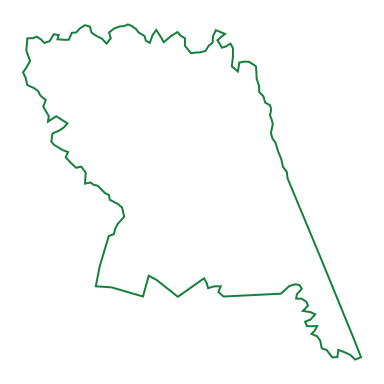 the district of Diamante D'Oeste, Paraná, Brazil
{"feature_id": "56859067B14364856509720", "entity_name": "Diamante D'Oeste", "entity_type": "district", "adm_level": 2, "iso_a3": "BRA", "parent_name": "Brazil", "parent_adm1": "Paraná", "projection": "robinson", "projection_center": [-54.104, -24.969], "detail": "fine", "context": "isolated", "style": "outline", "palette": "green", "viewbox_px": 384, "rotation_deg": 0, "n_neighbors": 0, "source": "geoboundaries", "source_scale": "gbopen_adm2", "svg_char_len": 2051}
<svg xmlns="http://www.w3.org/2000/svg" viewBox="0 0 384 384"><path d="M230.4,43.6L225.8,46.5L222.0,47.7L217.4,40.2L225.0,33.9L215.9,30.2L213.1,35.9L212.6,42.5L208.7,45.7L205.5,50.9L200.3,52.4L196.2,52.5L191.0,53.2L184.9,45.7L185.0,38.3L180.1,35.3L177.5,32.1L171.2,35.9L163.8,42.2L161.6,38.3L156.3,30.0L152.6,35.0L149.8,42.9L145.9,40.8L144.5,36.0L138.7,32.6L136.0,29.0L131.6,25.9L127.9,24.4L124.3,26.1L119.7,26.4L114.1,28.5L109.0,32.5L110.8,38.3L106.5,43.6L102.1,38.8L96.6,36.0L91.5,32.6L90.0,26.7L85.0,25.2L80.0,28.3L76.2,32.5L71.9,32.8L68.8,39.8L64.2,39.8L57.5,39.3L58.7,35.0L53.7,34.3L49.6,41.2L44.3,42.9L41.2,39.6L36.8,36.7L32.8,38.2L27.4,38.3L26.3,50.6L30.1,60.9L26.2,67.9L23.0,72.3L25.4,77.2L27.4,85.1L34.2,88.2L38.1,91.1L40.4,95.6L45.8,100.0L43.2,106.7L48.8,116.1L48.0,121.6L56.2,116.2L67.4,123.4L63.8,127.5L59.2,130.6L52.5,133.5L51.3,141.5L54.2,145.0L63.2,150.3L68.0,152.0L65.7,157.3L71.5,163.5L76.2,167.8L81.2,166.6L85.7,172.6L85.0,183.6L90.5,182.5L93.7,184.8L97.7,185.7L104.9,193.0L108.8,194.9L109.9,199.8L117.9,204.0L122.1,207.6L124.2,216.7L117.9,223.7L115.4,228.4L113.8,234.2L108.8,235.9L99.6,266.8L95.8,286.3L111.7,287.4L143.0,296.5L148.7,275.7L156.4,279.8L177.9,296.8L204.0,278.3L206.5,282.6L208.1,288.2L213.8,286.4L220.7,286.3L218.4,292.0L223.5,296.5L280.9,293.7L289.3,286.0L295.1,284.3L299.4,285.0L301.8,288.7L296.9,294.2L296.1,298.7L301.7,298.7L306.4,301.8L308.0,305.7L302.9,310.9L310.3,312.1L315.2,314.3L310.5,319.5L305.1,321.7L306.9,326.0L310.7,326.3L317.1,326.0L314.7,330.8L311.5,333.9L317.1,336.3L320.2,340.6L321.8,348.3L326.6,350.0L332.3,357.4L337.4,357.1L338.3,350.0L343.1,351.6L350.2,354.8L355.2,359.6L361.0,357.1L352.7,336.1L320.6,257.7L289.3,182.5L287.6,178.5L286.8,171.9L283.0,166.9L281.3,159.2L278.2,151.6L275.5,142.7L272.5,138.6L270.9,133.1L272.8,124.2L271.6,119.3L270.0,115.3L271.2,109.3L270.0,105.2L265.2,102.6L263.4,96.3L259.3,92.1L259.0,85.8L256.6,78.4L256.4,71.9L255.9,66.2L249.1,61.8L244.2,61.6L239.3,62.6L237.9,71.5L231.8,66.4L233.0,56.3L232.9,48.0L230.4,43.6Z" fill="none" stroke="#15803d" stroke-width="2"/></svg>